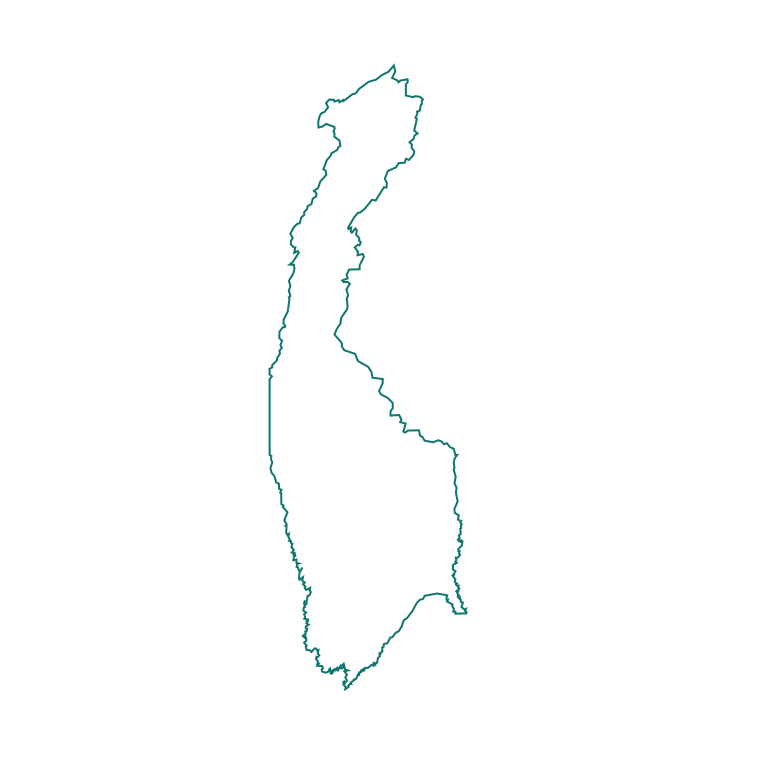 outline of San Vicente Del Caguán, Caquetá, Colombia, rotated 25°
{"feature_id": "7082276B18611822799653", "entity_name": "San Vicente Del Caguán", "entity_type": "district", "adm_level": 2, "iso_a3": "COL", "parent_name": "Colombia", "parent_adm1": "Caquetá", "projection": "equal_earth", "projection_center": [-74.217, 1.75], "detail": "fine", "context": "isolated", "style": "outline", "palette": "teal", "viewbox_px": 768, "rotation_deg": 25, "n_neighbors": 0, "source": "geoboundaries", "source_scale": "gbopen_adm2", "svg_char_len": 6149}
<svg xmlns="http://www.w3.org/2000/svg" viewBox="0 0 768 768"><g transform="rotate(25 384 384)"><path d="M214.3,149.2L212.7,153.7L216.4,156.9L215.2,162.4L212.8,165.2L212.4,167.9L213.5,174.0L216.2,179.2L219.2,176.9L221.7,172.7L230.4,172.0L231.4,173.4L231.5,176.5L233.2,177.7L234.4,180.8L240.8,182.2L243.8,186.7L242.5,188.7L242.7,191.6L238.8,197.3L239.2,199.8L237.5,205.6L238.4,215.1L240.9,215.3L243.3,218.7L240.7,227.4L241.4,234.3L238.4,239.4L239.7,238.6L242.6,240.1L243.1,243.2L241.1,246.0L242.2,251.6L239.6,255.1L240.4,257.8L239.0,261.8L240.2,264.5L238.6,268.1L239.7,274.0L237.8,275.4L236.0,279.9L235.6,287.4L239.6,290.3L239.2,293.6L240.5,296.8L244.3,298.3L245.9,297.6L247.2,303.0L249.8,299.9L251.3,301.0L249.8,312.1L248.0,315.7L251.9,314.0L254.1,317.3L255.1,322.2L254.2,330.6L257.9,335.0L258.2,339.6L262.0,343.8L261.1,345.8L262.4,346.9L266.1,358.9L265.9,368.2L267.4,371.8L270.1,373.2L270.1,374.4L268.2,375.6L267.2,380.9L269.7,386.6L273.4,387.9L273.6,392.4L276.1,394.4L275.2,398.2L276.9,400.5L276.2,405.3L276.9,408.0L274.7,414.2L275.6,416.2L273.8,418.7L276.3,423.7L279.2,424.4L278.3,428.0L310.3,496.6L312.2,496.7L313.6,500.2L315.8,502.2L316.8,508.6L319.8,512.1L323.6,513.8L327.8,518.7L330.9,518.8L333.2,523.4L335.8,523.2L335.9,526.4L337.0,526.4L341.7,536.2L344.3,536.6L344.3,538.2L350.7,541.0L351.2,549.6L355.2,552.5L354.6,554.2L355.8,554.1L358.3,560.3L360.3,561.6L361.1,560.0L362.1,563.3L364.6,565.0L364.3,566.3L366.3,565.9L366.7,567.3L368.5,567.5L369.0,571.0L372.4,572.5L371.7,575.7L374.4,575.2L374.0,576.9L375.2,577.6L375.1,575.9L376.3,577.3L375.2,578.1L376.3,582.0L378.8,580.1L380.3,583.2L382.7,582.7L381.4,584.0L382.1,586.7L383.7,586.6L385.4,588.9L387.0,588.4L387.7,584.8L387.2,590.9L389.2,596.5L390.2,597.0L392.2,593.3L393.1,596.9L396.1,597.5L395.2,599.7L398.4,600.7L398.1,602.1L400.3,603.6L403.2,599.9L403.7,601.4L402.9,602.0L405.6,603.5L405.8,607.1L404.3,608.2L406.0,614.4L403.9,614.4L404.3,616.7L406.5,616.5L405.5,618.2L406.6,619.5L405.8,620.4L406.6,623.4L409.9,624.1L408.9,626.4L411.0,628.4L410.9,630.4L414.1,629.6L414.0,631.2L415.2,630.6L414.9,633.7L417.4,633.9L415.7,636.9L416.3,638.5L417.8,638.3L418.4,640.8L417.2,641.5L418.5,643.2L416.9,646.7L419.4,647.5L419.2,645.8L421.6,648.2L422.1,649.6L420.9,652.2L424.5,653.7L424.1,655.3L426.4,657.8L429.3,656.6L431.5,657.5L432.9,653.0L434.4,652.4L436.2,653.9L437.0,652.9L437.8,656.2L440.0,657.2L439.3,659.8L438.1,659.8L438.5,661.9L441.5,663.3L441.9,665.9L443.0,665.2L442.6,667.6L447.1,665.7L448.9,667.8L448.2,669.1L448.8,670.3L449.9,670.8L453.7,670.0L455.9,666.4L454.9,665.8L455.4,664.7L456.7,667.1L457.9,666.2L457.7,668.6L459.2,668.5L459.7,664.7L459.0,664.1L460.4,662.8L461.2,663.5L461.6,659.9L462.2,663.0L463.3,663.2L463.8,656.4L464.6,659.9L466.4,659.5L466.9,657.5L465.2,656.3L465.7,654.6L469.5,659.2L472.3,658.9L469.5,661.2L473.3,663.1L472.9,666.1L475.8,668.6L474.9,672.1L473.5,670.5L473.1,671.4L474.3,673.6L477.3,674.8L477.9,676.9L480.0,673.4L479.2,672.6L480.0,670.1L481.1,669.7L480.1,668.8L481.9,665.3L481.0,664.1L482.1,664.7L483.4,662.7L483.2,658.1L484.4,658.1L483.3,655.9L484.9,655.0L484.3,653.3L485.5,651.6L485.5,652.9L486.0,651.4L486.2,652.7L487.0,652.2L487.1,649.0L489.5,648.1L491.2,644.0L492.8,643.7L492.6,642.2L493.6,643.2L493.6,641.2L494.6,641.7L494.2,640.8L495.5,639.7L494.3,634.8L495.3,632.8L493.9,630.4L494.9,630.1L494.3,629.0L495.6,627.2L493.7,623.6L494.7,622.6L493.8,619.8L496.6,617.5L496.9,611.0L498.6,610.0L499.8,604.2L501.8,602.0L502.5,596.2L501.7,589.7L503.7,586.9L505.6,578.4L506.3,568.6L507.6,564.6L510.2,562.2L510.4,558.7L520.7,551.4L530.6,548.8L530.9,551.4L532.2,553.2L533.1,552.4L533.3,554.5L539.2,554.8L539.4,556.3L542.4,558.1L543.0,561.1L544.9,560.1L545.7,562.0L555.6,557.1L554.9,555.6L553.3,555.4L553.3,553.2L552.3,554.3L548.5,553.5L547.9,548.8L546.3,549.2L543.3,545.8L542.9,546.7L540.6,545.5L540.2,544.1L541.3,544.0L538.5,542.3L538.8,540.6L537.4,541.0L538.7,537.6L536.8,536.6L536.9,535.2L534.7,535.9L533.8,535.0L534.4,534.0L531.7,533.4L531.3,530.8L528.1,529.5L528.2,527.6L527.2,528.0L528.0,523.5L524.8,523.0L523.0,518.9L525.5,515.3L523.8,515.0L524.0,513.1L522.5,511.0L524.1,510.5L525.2,506.7L523.7,506.1L523.2,503.5L522.2,504.0L521.1,502.5L522.8,497.3L521.7,493.6L520.7,493.0L520.2,494.6L518.9,493.7L518.4,494.8L516.7,493.9L517.6,491.5L515.8,489.6L516.9,487.5L514.2,482.8L514.8,482.0L513.4,479.9L513.9,478.5L511.6,477.2L511.9,475.6L508.3,475.7L507.3,471.4L502.6,470.9L500.6,467.5L500.4,459.3L494.9,451.9L493.7,447.5L489.7,443.9L488.2,437.8L483.2,431.9L483.3,430.3L480.5,425.9L479.5,421.8L480.2,417.3L478.6,418.2L474.6,413.2L470.8,413.4L466.0,411.1L463.7,413.2L460.3,411.7L456.9,412.1L453.2,416.0L444.8,418.2L441.3,415.8L438.5,415.6L435.3,411.2L425.3,416.1L423.8,419.0L421.7,419.0L420.3,410.7L414.8,411.7L414.8,408.9L410.8,405.7L403.2,409.9L401.4,405.7L402.2,402.3L399.9,397.5L393.2,395.0L385.7,394.7L382.5,392.5L382.5,384.0L380.8,380.0L370.9,383.2L367.7,378.6L362.6,375.2L350.7,374.2L345.0,368.9L333.8,370.2L329.8,367.7L329.0,365.4L326.9,363.9L318.3,360.2L317.9,354.1L319.0,347.6L317.2,342.2L318.9,332.3L318.5,329.7L314.2,322.4L314.0,318.8L310.0,314.2L310.7,307.5L307.7,307.0L304.3,308.7L302.4,307.8L306.4,303.6L304.0,300.9L304.0,295.0L313.4,290.3L311.8,286.8L312.0,277.0L309.8,275.2L305.6,278.5L304.6,275.2L299.7,272.5L301.3,269.0L303.2,268.7L303.0,265.2L300.8,264.6L300.0,262.3L295.6,260.5L294.3,256.0L292.3,255.2L291.0,260.5L289.3,259.8L288.1,256.1L286.3,258.6L285.4,257.7L286.5,245.6L288.1,239.8L289.8,238.8L292.5,233.4L295.3,222.1L298.9,221.2L300.8,205.8L303.2,205.0L301.7,200.7L298.0,197.6L297.5,189.3L303.3,182.6L304.0,177.5L309.1,174.8L308.8,170.6L311.9,170.4L313.9,164.1L313.0,160.2L309.2,158.3L308.1,155.2L305.0,154.2L307.1,149.6L306.7,145.9L308.5,142.7L304.3,141.6L301.7,129.8L300.0,129.5L300.0,124.8L298.9,123.2L300.9,120.9L299.5,115.8L300.0,114.0L298.7,111.9L299.1,109.6L295.0,108.5L290.4,110.1L289.4,111.7L281.9,113.3L277.2,103.3L277.9,100.3L276.5,97.9L270.7,102.0L269.7,104.4L267.8,103.2L262.0,103.2L262.1,95.9L258.3,91.1L256.2,99.0L251.6,104.8L248.2,111.5L242.3,116.7L236.7,127.1L235.6,132.4L232.9,134.8L227.7,144.7L226.9,143.9L224.6,147.5L223.1,145.8L219.8,148.9L218.5,147.7L214.3,149.2Z" fill="none" stroke="#0f766e" stroke-width="2"/></g></svg>